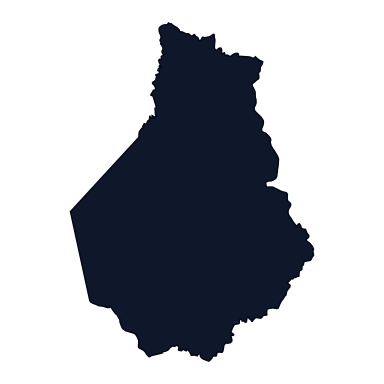 Vallecillo, Francisco Morazán, Honduras
{"feature_id": "27666195B71251784838701", "entity_name": "Vallecillo", "entity_type": "district", "adm_level": 2, "iso_a3": "HND", "parent_name": "Honduras", "parent_adm1": "Francisco Morazán", "projection": "equal_earth", "projection_center": [-87.364, 14.533], "detail": "fine", "context": "isolated", "style": "filled", "palette": "ink", "viewbox_px": 384, "rotation_deg": 0, "n_neighbors": 0, "source": "geoboundaries", "source_scale": "gbopen_adm2", "svg_char_len": 5957}
<svg xmlns="http://www.w3.org/2000/svg" viewBox="0 0 384 384"><path d="M162.5,352.7L162.7,352.0L162.9,351.7L165.6,351.1L167.8,350.1L168.7,349.2L169.4,348.1L171.9,346.2L172.7,346.0L174.7,346.3L176.5,345.3L176.8,345.3L177.8,345.6L178.9,347.0L179.0,347.7L178.5,349.6L178.5,350.0L178.9,350.3L181.4,350.7L182.9,349.5L183.4,349.3L184.1,349.6L184.9,350.3L186.2,350.8L187.5,349.7L188.1,349.5L188.4,349.9L188.6,350.7L189.1,351.0L190.1,352.6L191.1,354.9L191.6,355.3L194.9,355.0L197.1,355.8L198.5,353.9L199.1,353.6L199.7,353.6L200.1,354.0L200.3,355.2L200.8,356.9L201.7,357.9L203.7,359.2L208.7,361.0L209.3,360.9L212.0,357.9L212.5,356.7L213.0,356.2L213.7,355.9L215.7,356.0L216.3,355.8L216.7,353.4L217.2,352.7L218.8,351.9L221.2,352.3L221.9,352.2L222.4,351.9L222.8,351.2L223.1,350.1L223.9,345.1L225.7,343.1L226.3,342.8L227.1,343.2L227.7,343.2L230.1,342.7L231.6,341.5L231.8,340.8L231.8,339.5L231.1,336.7L231.0,335.7L231.6,335.2L233.4,335.4L233.6,334.8L233.2,334.0L232.0,333.3L231.2,332.6L231.0,332.0L231.1,331.1L232.8,327.1L234.5,324.3L238.2,323.8L239.1,323.4L239.3,320.6L239.7,319.7L240.4,319.3L241.2,319.3L241.6,319.7L241.9,320.5L242.2,321.0L243.7,321.0L245.1,322.1L245.9,322.2L246.2,321.9L246.5,321.1L246.9,318.0L247.4,317.4L247.8,317.2L248.4,317.6L249.8,319.1L251.1,320.0L251.8,321.3L252.1,321.4L252.6,321.0L253.1,319.9L255.5,317.6L256.3,317.5L259.3,318.0L260.8,318.1L261.4,317.8L262.9,315.9L263.8,315.2L264.4,315.1L265.3,315.2L266.6,315.0L266.9,314.5L266.5,313.4L266.8,310.4L267.1,309.4L267.6,308.9L269.5,308.3L272.1,308.0L273.9,308.0L276.3,308.5L277.4,308.4L278.1,308.1L280.3,302.8L281.9,300.2L282.9,299.1L284.5,296.3L285.4,295.6L286.0,294.7L286.5,292.0L286.9,290.7L289.8,287.0L290.0,285.2L287.9,283.5L287.7,282.8L288.0,282.1L288.7,281.3L289.7,280.6L290.2,279.8L291.6,278.5L292.7,278.9L294.1,277.5L295.7,277.3L297.2,276.4L298.8,276.2L299.1,272.6L299.4,271.2L299.9,270.5L301.3,269.9L301.8,269.5L302.0,265.9L302.2,265.5L303.3,264.9L304.0,261.4L304.5,261.2L305.7,261.2L310.3,260.3L310.9,259.6L312.2,257.0L313.3,255.7L313.5,255.1L312.8,251.2L313.5,249.3L312.7,247.2L311.5,245.3L310.3,244.0L308.8,242.5L306.8,241.1L306.1,240.1L306.1,239.5L308.5,237.3L308.8,236.2L308.6,235.3L306.8,233.0L305.5,229.4L303.0,229.1L301.8,228.5L301.0,227.2L300.5,225.5L299.4,223.8L298.4,224.1L297.1,225.7L296.6,225.9L296.0,225.7L292.7,221.4L291.0,218.3L289.5,216.5L288.5,214.6L288.0,212.5L288.1,210.5L288.6,209.0L290.4,206.1L290.7,204.3L290.4,203.3L288.0,201.2L287.3,200.3L287.2,196.1L287.4,194.6L287.0,193.5L286.4,192.9L285.6,192.5L282.7,191.9L280.2,190.9L272.9,187.2L270.1,187.0L267.0,187.2L266.4,186.6L266.0,185.4L265.6,183.0L265.8,182.4L266.2,182.0L268.1,181.0L271.3,180.8L272.6,180.3L274.7,179.1L275.9,178.0L276.4,177.2L276.8,175.6L277.0,173.1L277.3,172.0L277.4,169.7L278.0,166.2L278.5,159.4L278.1,157.7L277.2,155.7L274.4,151.0L273.2,149.4L271.2,146.1L270.2,142.6L270.2,141.6L270.6,140.6L270.7,139.8L270.5,138.8L270.1,137.9L268.5,136.0L265.6,133.2L262.4,131.9L261.8,131.4L261.6,130.2L261.5,128.9L263.1,124.8L263.4,121.8L263.2,120.5L261.2,117.4L256.0,112.3L254.7,110.7L254.1,109.4L254.1,108.4L254.3,107.1L255.5,104.6L256.0,103.1L256.0,100.5L255.8,99.0L255.2,97.3L255.1,92.7L255.0,91.6L254.2,89.7L252.5,86.6L252.0,85.2L251.9,84.5L252.9,83.2L254.5,82.0L256.7,79.9L258.1,79.1L258.7,78.3L258.9,77.0L258.5,74.5L258.6,72.9L258.9,72.2L260.0,71.1L260.4,66.8L262.2,63.9L262.6,62.6L262.6,61.7L259.4,60.2L256.6,58.1L255.4,56.8L254.6,57.8L253.1,58.2L252.1,58.0L250.4,57.2L248.6,56.9L239.3,56.3L238.4,55.9L238.3,54.0L237.9,53.5L237.3,53.4L235.7,53.4L234.5,53.8L232.2,55.1L230.4,56.6L228.9,56.3L228.6,55.6L227.3,55.1L226.6,55.2L226.6,55.9L226.1,56.0L224.5,54.4L224.7,53.4L224.4,52.8L222.8,53.4L221.4,53.4L221.4,52.6L221.6,51.1L221.6,49.9L221.3,48.7L220.8,48.1L220.1,48.0L219.0,48.4L216.3,50.4L215.6,50.2L214.9,49.3L214.5,48.2L214.3,47.1L214.9,40.0L214.3,37.4L214.2,35.0L213.9,34.4L213.3,34.4L210.6,36.3L208.4,37.1L204.3,37.8L203.3,37.2L202.8,37.2L202.3,37.6L201.4,39.4L200.6,40.5L199.1,40.4L198.6,39.9L197.8,37.6L195.9,36.6L194.4,34.6L194.1,34.6L193.6,34.9L192.6,36.0L191.7,36.1L190.7,35.7L188.6,33.9L187.0,33.9L185.7,33.6L182.0,31.9L180.1,31.9L179.7,31.5L179.1,29.9L176.9,27.6L173.6,25.8L171.1,23.7L170.2,23.9L168.5,23.0L167.3,24.7L164.3,24.9L162.2,25.5L160.4,26.8L159.2,28.2L159.3,31.7L161.1,36.4L160.9,38.5L160.2,39.7L160.1,40.7L161.3,42.9L161.1,43.4L160.7,43.5L160.7,44.0L161.5,44.9L163.2,47.8L162.7,50.1L162.1,50.8L162.0,51.6L162.2,52.5L163.3,54.4L163.4,54.9L163.2,55.3L162.3,56.0L161.6,56.2L161.3,56.6L161.2,57.1L161.6,58.4L161.5,59.3L161.3,59.6L161.0,59.6L159.8,59.2L158.7,60.3L159.4,62.8L160.4,64.5L160.2,65.0L159.4,66.0L159.3,66.4L159.5,66.6L160.7,66.8L161.0,67.2L159.3,68.0L158.5,68.6L157.9,70.4L158.0,70.7L159.0,71.0L159.3,71.3L159.4,73.7L155.9,74.8L155.9,75.4L156.5,76.1L156.7,76.6L156.1,78.5L156.0,79.5L154.5,81.4L152.6,82.4L152.6,83.1L152.8,83.8L154.5,85.5L155.7,88.0L155.7,88.5L154.7,90.5L154.3,90.6L153.4,90.3L152.7,92.0L151.4,93.7L150.9,94.9L151.1,95.3L152.6,95.7L153.0,96.1L153.8,98.4L156.3,106.8L156.4,107.4L156.3,107.7L155.1,108.2L155.0,108.4L155.3,111.1L155.4,114.4L156.1,115.4L156.1,116.1L154.9,116.7L154.4,118.1L153.5,116.6L152.4,115.7L152.1,115.6L152.2,118.0L152.0,118.5L151.7,118.6L151.2,118.4L150.0,116.3L149.8,116.3L149.6,118.3L149.0,120.5L147.8,121.0L146.7,123.5L146.3,124.1L145.6,124.3L144.5,123.7L144.2,123.7L143.5,125.3L142.7,126.4L143.2,127.6L143.1,128.1L142.9,128.2L142.0,128.2L139.7,131.2L139.1,133.0L139.0,136.6L138.4,139.0L138.0,139.0L137.7,138.6L70.5,211.6L89.6,299.6L89.9,300.7L90.5,301.8L92.6,303.1L95.6,304.2L98.6,305.6L102.7,306.1L107.6,307.5L109.7,307.4L110.8,307.1L111.3,307.3L112.9,310.1L115.3,313.3L117.1,314.9L119.6,319.2L119.9,320.0L120.0,321.6L120.3,322.9L121.6,326.3L122.5,328.2L123.8,329.4L125.8,330.7L134.0,333.2L135.6,334.2L137.4,337.1L138.7,340.2L138.8,341.7L138.5,345.9L138.7,347.6L143.9,350.4L145.4,352.1L146.6,354.1L148.9,356.6L149.7,356.7L150.8,355.9L152.4,355.3L161.4,353.2L162.5,352.7Z" fill="#0f172a" stroke="#020617" stroke-width="1.5"/></svg>